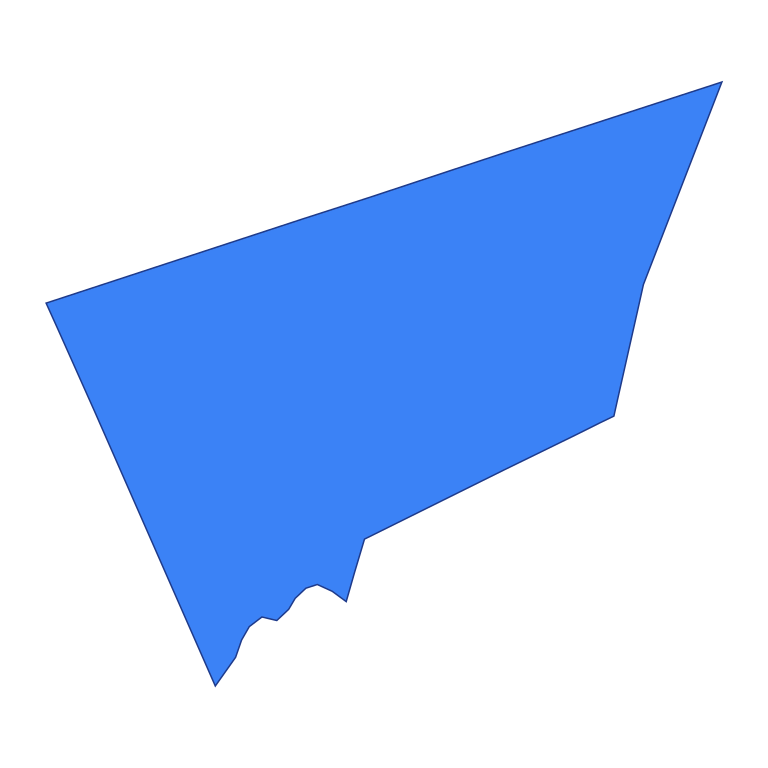 Severiano Melo, Rio Grande do Norte, Brazil
{"feature_id": "56859067B49050380143436", "entity_name": "Severiano Melo", "entity_type": "district", "adm_level": 2, "iso_a3": "BRA", "parent_name": "Brazil", "parent_adm1": "Rio Grande do Norte", "projection": "albers", "projection_center": [-37.976, -5.776], "detail": "fine", "context": "isolated", "style": "filled", "palette": "blue", "viewbox_px": 768, "rotation_deg": 0, "n_neighbors": 0, "source": "geoboundaries", "source_scale": "gbopen_adm2", "svg_char_len": 487}
<svg xmlns="http://www.w3.org/2000/svg" viewBox="0 0 768 768"><path d="M46.1,303.1L57.5,328.3L95.0,412.3L215.3,686.0L235.6,657.3L241.6,640.0L249.3,626.6L261.9,617.0L276.8,620.5L288.7,609.3L295.2,598.3L305.9,588.2L317.3,584.5L332.2,591.3L346.2,601.6L354.5,572.6L364.5,539.1L503.7,470.1L576.6,434.5L599.4,423.1L613.9,416.1L617.8,398.5L639.2,303.5L643.4,284.6L721.9,82.0L505.6,152.4L454.6,169.2L367.6,198.0L303.1,218.8L46.1,303.1Z" fill="#3b82f6" stroke="#1e3a8a" stroke-width="1.5"/></svg>